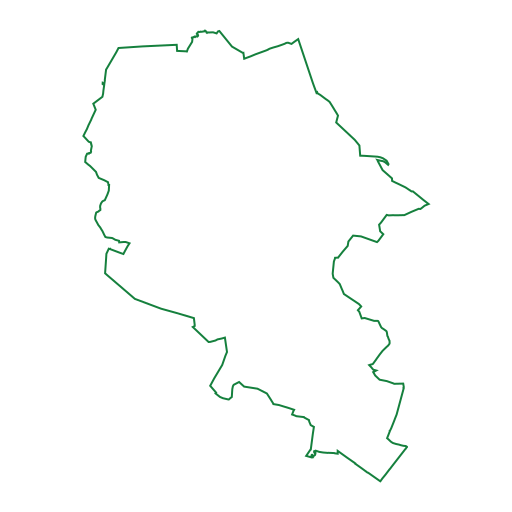 the district of Mores pag., Siguldas, Latvia
{"feature_id": "27541924B85362854834044", "entity_name": "Mores pag.", "entity_type": "district", "adm_level": 2, "iso_a3": "LVA", "parent_name": "Latvia", "parent_adm1": "Siguldas", "projection": "mercator", "projection_center": [25.077, 57.066], "detail": "fine", "context": "isolated", "style": "outline", "palette": "green", "viewbox_px": 512, "rotation_deg": 0, "n_neighbors": 0, "source": "geoboundaries", "source_scale": "gbopen_adm2", "svg_char_len": 5766}
<svg xmlns="http://www.w3.org/2000/svg" viewBox="0 0 512 512"><path d="M95.7,214.5L95.5,215.4L95.3,216.1L95.1,218.0L95.2,218.9L95.4,219.6L96.0,220.8L96.8,222.2L98.3,225.0L100.4,227.7L100.8,228.5L102.5,231.2L104.2,234.8L105.4,237.0L107.1,237.5L111.2,237.9L112.4,238.1L115.3,239.8L119.0,240.8L119.2,242.4L123.7,242.0L125.7,242.0L129.5,243.3L127.6,246.2L124.9,251.1L123.4,254.0L120.5,253.0L110.4,249.2L110.0,249.0L110.0,248.9L109.6,249.0L108.8,248.7L106.4,253.8L106.1,258.5L105.1,273.3L107.6,275.5L134.9,298.9L161.1,308.7L176.6,313.0L192.5,317.7L193.9,318.1L194.7,324.9L194.7,325.8L194.7,326.0L192.8,327.0L208.6,342.0L210.2,341.9L215.5,340.5L217.5,339.4L221.8,338.5L224.9,337.6L227.0,352.0L225.4,355.8L222.2,365.0L214.3,378.2L210.2,385.8L216.1,392.6L215.5,393.4L219.9,396.9L222.9,398.2L228.5,399.5L229.0,399.4L230.0,398.4L231.8,397.0L232.3,389.1L232.9,386.2L233.7,384.8L239.1,382.0L243.8,386.3L244.1,386.6L257.5,388.7L266.9,393.5L271.2,400.2L271.3,400.5L271.8,401.2L273.3,403.7L273.4,404.1L278.8,405.0L289.0,408.1L294.1,409.8L293.4,411.1L292.1,414.5L294.6,415.4L296.4,416.2L304.0,417.1L304.2,417.5L309.0,420.1L309.2,421.5L310.7,425.1L313.9,426.9L312.9,433.4L310.8,449.4L310.6,449.4L306.2,455.9L311.9,457.5L312.4,457.4L311.9,456.9L311.6,456.6L311.4,456.2L311.5,455.5L311.6,455.1L311.9,454.8L312.2,454.8L312.5,455.1L312.7,455.6L313.0,456.0L313.3,456.2L314.4,455.5L315.0,455.0L315.2,454.6L315.1,453.9L315.4,453.6L315.5,452.7L315.3,452.5L315.1,452.5L314.7,453.1L314.2,452.3L314.1,452.0L314.3,451.7L314.2,451.3L314.2,451.2L314.6,451.1L315.0,450.9L315.3,450.9L315.6,450.7L315.9,450.9L316.4,450.9L319.3,451.9L323.1,452.5L327.8,452.9L328.3,452.8L332.9,453.0L334.4,453.1L334.7,453.3L337.7,453.7L337.7,450.9L347.3,457.8L355.3,463.4L355.2,463.7L361.7,468.3L367.5,472.6L368.1,472.7L380.3,481.3L380.5,481.1L380.6,480.9L382.4,478.4L385.6,474.5L389.7,469.1L390.0,468.9L391.7,466.6L404.0,450.8L405.3,449.1L405.5,449.0L405.9,448.5L406.0,448.2L406.8,447.2L407.0,447.0L407.0,446.9L406.1,446.2L405.5,446.0L403.4,445.8L400.8,445.2L399.0,444.6L396.1,444.0L393.2,443.1L392.7,442.9L392.1,442.5L390.9,441.7L388.4,439.3L387.1,438.2L388.6,434.4L389.8,431.3L389.7,430.9L390.0,430.7L391.2,428.3L394.5,420.0L394.8,419.1L396.6,414.6L403.7,388.3L403.4,387.9L403.8,387.1L403.2,383.6L394.2,383.8L393.1,383.3L386.8,381.1L379.6,379.7L375.2,375.5L373.2,372.1L373.4,372.0L376.2,370.5L374.5,370.0L373.7,369.9L373.0,369.4L371.3,367.3L369.2,365.1L370.6,364.6L372.0,364.3L372.8,364.0L373.3,363.4L374.9,361.2L375.8,360.0L376.8,358.5L378.2,356.6L379.7,354.5L382.7,350.7L386.4,347.1L388.1,345.6L389.1,344.3L389.5,343.7L389.6,343.2L389.6,342.4L389.5,340.7L388.9,339.6L388.3,338.0L387.9,336.7L387.4,336.0L387.1,334.1L387.0,333.1L386.7,331.8L386.5,331.3L386.1,330.9L383.6,329.1L382.0,328.1L381.6,327.7L381.1,327.1L379.9,324.6L378.7,322.0L378.2,321.1L377.6,320.9L376.3,320.9L374.2,320.9L364.7,318.0L361.7,318.4L359.3,311.8L357.9,310.2L361.2,306.5L360.8,306.0L359.0,304.1L343.9,294.0L342.5,290.5L341.9,289.2L339.9,284.4L339.7,284.0L338.2,282.4L333.4,277.8L332.7,273.9L332.7,273.4L333.9,261.5L335.1,258.1L335.1,257.8L338.2,257.6L338.3,257.3L342.8,251.6L347.7,245.9L348.4,241.5L353.1,235.6L361.0,236.4L377.0,242.1L378.3,240.9L383.3,234.2L380.2,231.3L379.1,224.7L381.0,222.6L386.7,214.9L388.7,215.4L392.8,215.2L396.6,215.3L404.4,215.1L411.3,211.9L418.7,208.8L420.4,209.0L422.0,207.8L424.6,205.7L428.6,204.0L423.2,199.8L412.9,191.4L411.5,191.4L405.5,187.4L397.7,183.6L395.5,182.6L392.1,180.9L392.0,178.4L382.6,170.1L378.0,161.5L377.7,160.8L377.8,160.6L377.4,160.0L380.4,160.7L383.1,161.2L385.0,162.2L388.1,164.8L388.5,164.1L387.5,162.3L386.6,160.7L383.0,158.3L380.4,157.3L377.5,156.7L363.8,155.8L360.2,155.7L359.4,145.5L354.8,139.9L336.2,122.5L337.3,118.2L338.0,115.6L336.0,112.2L335.1,110.8L332.5,106.5L329.6,101.9L327.6,100.3L325.8,99.1L320.5,95.1L319.9,94.7L317.5,93.3L317.2,92.3L316.5,92.9L313.8,85.6L312.6,82.2L298.2,39.1L294.2,41.9L291.5,43.9L288.0,42.7L286.3,42.9L284.6,43.8L281.6,44.9L277.9,46.2L273.3,47.5L269.9,48.6L268.2,49.4L268.1,49.6L267.2,50.0L265.7,50.6L255.5,54.3L250.5,56.4L244.2,58.7L243.4,53.0L243.2,53.1L232.0,46.6L219.5,31.2L219.3,31.0L218.0,31.4L216.6,33.4L213.0,32.3L208.6,32.5L208.2,32.4L207.6,32.4L207.0,32.9L206.6,32.6L206.7,32.2L205.9,31.5L205.9,31.4L205.8,31.2L205.6,30.9L205.3,30.7L204.7,30.7L204.5,31.2L204.3,31.4L203.6,31.4L203.4,31.5L203.0,31.5L201.8,31.8L201.0,31.7L200.7,31.6L200.0,31.9L199.9,32.0L199.7,32.0L199.2,31.9L198.8,31.9L198.5,31.8L198.3,31.8L198.2,31.9L198.1,32.1L198.0,32.4L196.9,33.4L196.8,33.5L196.8,33.9L196.9,34.0L197.0,34.1L197.4,34.1L197.5,34.2L197.5,34.3L197.8,34.6L198.1,35.5L197.9,36.0L197.7,36.3L197.4,36.5L197.2,36.6L196.8,36.3L196.7,36.2L196.0,36.4L195.8,36.5L195.3,36.9L195.0,36.5L194.9,36.5L194.8,36.8L194.7,36.9L194.4,36.6L193.0,37.4L192.1,37.4L192.0,37.5L191.8,37.8L192.0,38.2L192.4,38.3L192.5,38.4L192.4,39.5L192.1,41.9L188.4,47.9L187.9,48.7L186.9,51.5L185.6,51.3L177.1,50.9L176.7,44.8L142.6,46.4L118.5,48.0L117.1,50.7L116.2,52.4L106.6,68.8L106.1,69.5L104.8,79.9L104.9,80.2L104.3,84.0L102.7,82.9L102.6,84.0L104.2,85.1L103.4,90.7L103.1,93.7L102.4,96.8L93.3,103.7L95.7,109.7L95.7,109.8L91.5,118.8L91.3,119.5L88.8,124.6L88.5,125.2L86.9,129.1L85.2,132.3L83.4,136.0L88.7,141.7L89.9,142.2L90.8,142.3L90.9,142.6L91.1,143.9L91.3,144.1L91.3,144.8L91.5,145.0L91.5,145.3L91.6,145.6L91.8,146.1L91.7,146.6L90.9,150.6L91.1,151.8L90.6,152.8L89.1,153.0L88.8,153.7L88.0,153.5L87.1,153.7L85.7,156.8L85.4,159.8L85.2,162.0L88.6,164.9L89.6,165.6L90.4,166.3L96.0,171.9L97.0,174.7L98.7,177.9L104.2,180.2L108.0,182.2L108.5,184.8L108.5,185.0L109.1,185.0L108.8,190.6L107.4,194.5L104.8,200.2L103.2,200.9L102.3,201.5L101.0,203.4L100.2,205.7L100.1,207.2L100.4,208.9L100.3,210.1L99.1,210.8L98.5,211.5L97.0,212.1L96.2,212.6L95.7,214.5Z" fill="none" stroke="#15803d" stroke-width="2"/></svg>